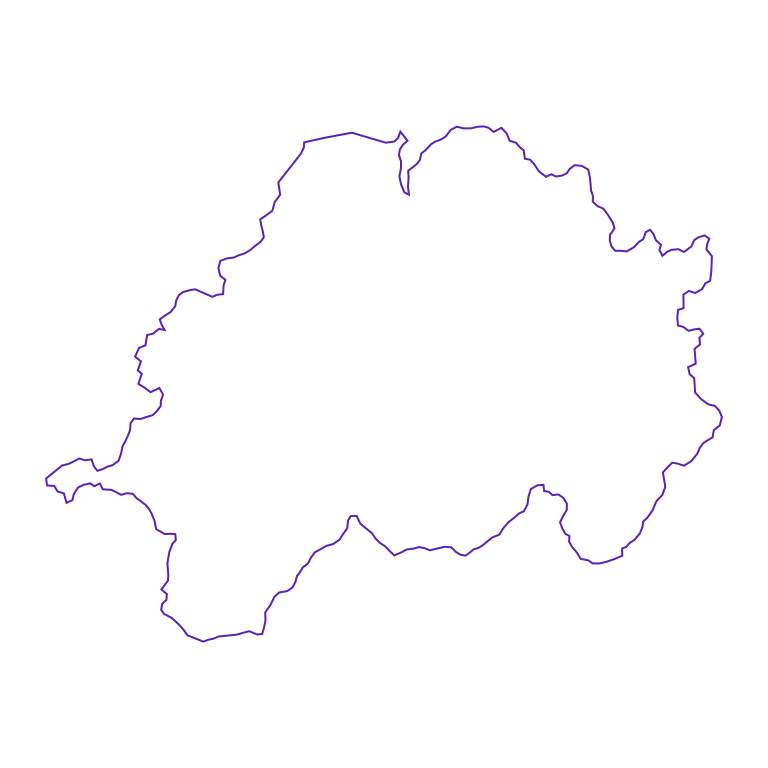 outline of Rio Claro, Rio de Janeiro, Brazil
{"feature_id": "56859067B7677300051124", "entity_name": "Rio Claro", "entity_type": "district", "adm_level": 2, "iso_a3": "BRA", "parent_name": "Brazil", "parent_adm1": "Rio de Janeiro", "projection": "robinson", "projection_center": [-44.08, -22.786], "detail": "fine", "context": "isolated", "style": "outline", "palette": "violet", "viewbox_px": 768, "rotation_deg": 0, "n_neighbors": 0, "source": "geoboundaries", "source_scale": "gbopen_adm2", "svg_char_len": 4510}
<svg xmlns="http://www.w3.org/2000/svg" viewBox="0 0 768 768"><path d="M236.3,634.7L242.8,632.9L249.2,631.2L257.1,634.5L262.2,634.0L264.3,626.4L265.5,620.2L265.2,612.4L270.1,605.5L274.3,597.1L279.1,592.5L287.2,591.1L292.7,587.2L295.5,581.7L296.9,576.2L299.9,572.3L302.9,567.3L308.0,563.4L310.9,557.7L314.9,552.3L319.9,549.6L326.3,545.9L333.0,544.1L339.3,539.9L342.3,535.2L347.2,528.3L348.1,520.3L350.7,516.1L356.6,515.9L360.3,523.6L365.9,528.3L371.9,533.2L375.8,538.8L379.8,542.9L384.8,546.0L389.3,550.7L394.3,555.4L400.8,552.6L407.0,549.4L413.0,548.7L419.2,547.1L424.0,548.0L430.1,550.3L438.5,548.2L444.7,546.8L451.2,547.3L456.2,552.1L460.5,554.8L465.6,555.6L470.0,552.4L473.6,549.3L478.2,548.0L482.5,545.5L487.2,541.5L492.4,537.4L499.4,534.6L503.0,528.6L508.2,522.4L513.7,518.1L519.2,513.4L524.0,511.1L527.5,504.4L528.5,496.5L530.9,489.0L537.2,485.4L543.5,484.8L544.1,491.0L548.8,491.8L552.4,495.1L558.6,494.5L563.4,497.9L566.9,503.7L566.8,509.8L563.1,516.2L560.0,522.4L562.7,529.1L565.3,533.8L569.4,536.0L569.1,541.6L572.2,547.1L576.7,552.3L580.6,558.8L588.4,560.4L592.5,563.4L599.9,563.4L607.0,561.6L615.1,558.8L622.3,555.7L622.1,548.5L626.4,546.8L629.5,543.0L634.5,539.9L639.8,533.5L642.5,526.9L643.1,521.7L647.1,518.0L652.6,510.4L656.4,501.2L662.2,495.1L665.3,486.9L664.1,479.6L662.9,472.4L667.7,467.1L672.2,462.7L677.7,463.6L684.0,465.7L691.1,461.3L697.4,453.6L699.9,447.7L703.5,442.9L707.6,440.3L712.6,437.3L713.8,430.1L719.8,425.4L721.9,417.0L719.3,410.7L714.8,405.8L708.3,404.4L701.6,399.5L695.1,392.5L694.7,386.1L694.2,378.1L689.7,374.2L688.1,367.2L695.7,363.7L695.1,355.5L694.5,349.0L700.0,344.4L699.4,337.9L703.2,333.8L699.5,328.7L694.2,329.4L688.5,330.8L683.3,326.9L678.0,325.5L677.3,317.8L678.0,310.0L683.5,308.2L683.5,301.8L683.4,294.6L688.9,290.9L695.2,293.0L702.1,289.1L705.4,283.3L710.1,280.8L711.2,272.9L711.6,264.7L711.9,256.1L706.4,249.4L707.4,243.7L709.3,238.7L704.6,235.4L698.3,237.4L694.3,240.1L691.1,246.6L684.0,252.0L678.4,249.2L671.6,249.8L667.3,251.7L662.4,255.8L659.4,250.0L661.0,244.8L656.0,240.3L653.4,234.0L650.1,229.8L645.8,232.1L643.2,239.2L638.8,242.0L633.9,247.3L626.7,251.4L620.9,250.8L615.2,250.8L611.4,246.2L609.8,240.6L610.0,234.9L614.5,228.4L612.7,222.4L607.6,214.3L603.3,208.6L597.5,206.1L592.8,201.7L592.9,195.6L591.1,190.8L590.6,184.5L589.9,177.6L588.3,169.6L581.8,165.9L574.6,165.2L569.6,169.0L566.7,173.4L561.8,175.6L555.8,176.5L551.3,174.3L546.0,176.8L538.8,171.2L534.1,164.0L530.1,159.7L524.9,158.7L523.7,150.4L520.0,147.4L515.9,142.7L509.7,140.8L506.6,133.4L501.4,127.8L493.7,131.9L488.5,127.8L484.1,126.4L478.2,126.7L471.0,128.3L463.2,128.3L456.9,126.7L450.7,129.9L445.8,136.4L440.6,139.7L435.2,141.6L431.2,144.1L425.7,150.0L421.3,153.5L419.9,159.9L417.0,163.8L412.7,167.3L408.2,170.7L408.6,177.3L408.0,186.9L408.9,194.7L404.4,192.4L401.1,184.5L399.4,176.2L401.0,167.9L401.0,161.2L398.9,154.9L399.9,149.4L403.1,144.6L407.5,140.8L400.4,131.6L398.1,138.0L394.1,141.6L385.7,142.7L351.9,132.7L324.6,137.8L304.1,142.4L303.9,147.5L300.8,153.8L278.3,182.5L280.2,194.7L274.8,201.9L272.3,210.8L266.1,215.4L260.2,219.4L261.2,225.2L263.0,232.1L263.8,237.3L260.7,241.7L255.1,245.9L250.6,249.8L244.7,253.4L238.7,255.3L233.9,257.5L227.4,258.3L220.3,260.9L218.4,268.1L220.2,275.7L225.4,279.9L223.6,285.2L223.1,294.1L217.0,294.8L212.3,296.8L195.2,289.3L189.5,290.2L182.9,292.1L179.0,295.1L176.3,300.1L175.2,306.2L170.7,312.0L164.4,315.9L159.7,319.4L161.8,325.0L164.6,330.0L159.0,328.9L152.8,333.8L147.2,334.9L145.4,345.3L139.1,347.9L135.1,356.6L141.0,361.5L137.8,370.4L141.8,373.9L138.4,383.9L145.1,388.0L150.6,392.2L159.4,388.0L163.1,394.7L160.9,400.8L160.7,406.0L157.0,411.0L152.6,415.2L146.3,417.1L140.1,419.1L134.1,418.4L130.6,423.2L130.1,429.8L128.2,435.1L125.1,441.7L122.5,446.5L121.2,453.0L118.6,460.8L112.4,465.2L106.9,466.9L102.7,469.1L97.4,470.8L93.9,466.3L91.6,459.4L85.2,460.3L79.1,458.5L74.4,461.1L68.6,463.9L62.1,465.5L46.1,478.5L47.0,485.4L54.3,486.0L57.6,491.5L63.9,493.4L66.5,502.8L72.4,500.1L73.8,494.2L77.9,487.6L83.4,484.9L90.3,483.4L94.3,486.2L99.8,483.5L102.9,489.3L111.6,489.9L121.2,494.8L126.7,493.2L132.8,493.8L136.6,498.2L145.6,504.8L149.1,509.2L151.6,513.6L154.5,520.6L156.2,529.1L164.8,534.1L170.3,533.8L175.3,534.1L175.8,540.1L172.4,543.8L169.3,552.1L167.4,563.4L168.3,575.0L168.0,580.5L161.4,589.5L166.9,594.1L166.4,599.9L162.2,603.8L161.2,609.8L164.1,614.0L171.7,617.9L176.5,622.3L180.2,625.9L183.4,629.6L187.4,635.3L203.4,641.6L208.5,639.7L213.2,638.7L218.7,636.5L229.2,635.4L236.3,634.7Z" fill="none" stroke="#5b21b6" stroke-width="2"/></svg>